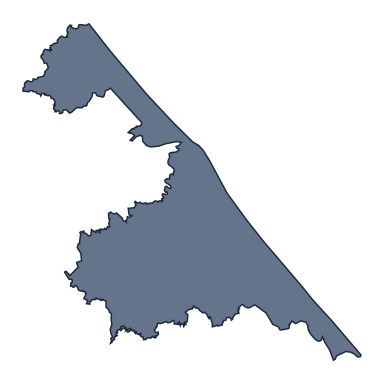 Tecolutla, Veracruz, Mexico
{"feature_id": "50627088B65141848449255", "entity_name": "Tecolutla", "entity_type": "district", "adm_level": 2, "iso_a3": "MEX", "parent_name": "Mexico", "parent_adm1": "Veracruz", "projection": "natural_earth1", "projection_center": [-97.047, 20.419], "detail": "fine", "context": "isolated", "style": "filled", "palette": "slate", "viewbox_px": 384, "rotation_deg": 0, "n_neighbors": 0, "source": "geoboundaries", "source_scale": "gbopen_adm2", "svg_char_len": 5877}
<svg xmlns="http://www.w3.org/2000/svg" viewBox="0 0 384 384"><path d="M80.9,231.7L79.9,232.5L80.6,234.0L79.4,243.8L78.4,243.6L77.2,247.6L80.9,253.4L81.5,260.8L76.9,262.3L76.6,263.0L78.2,267.2L70.0,275.4L66.1,271.3L64.6,272.0L64.6,272.3L69.2,279.4L70.3,279.1L72.2,280.0L72.4,281.7L71.0,282.7L70.7,286.0L71.6,285.6L72.5,286.9L73.9,287.3L75.5,285.3L77.6,287.3L78.4,290.0L80.7,291.1L82.9,290.5L83.0,291.5L85.6,292.0L85.5,293.6L86.1,293.9L83.8,298.6L87.7,300.5L86.5,303.7L89.9,304.1L89.8,301.6L91.6,300.9L91.9,299.5L95.8,299.6L96.0,298.0L99.7,299.7L100.8,299.3L100.9,300.2L102.0,299.4L102.2,300.1L102.7,299.7L106.1,301.2L106.0,307.0L108.6,309.6L109.6,312.4L111.2,313.4L111.5,314.8L111.1,317.7L111.8,324.4L110.2,329.6L111.2,334.2L112.5,336.5L110.8,338.6L111.5,340.6L110.6,343.2L111.9,342.4L112.4,340.6L114.5,339.6L113.7,338.1L114.8,337.5L114.9,336.7L117.0,335.7L115.9,335.2L117.4,333.0L116.2,332.4L117.3,331.9L117.0,331.1L119.8,329.1L120.7,330.5L121.8,329.8L122.4,328.2L121.1,328.3L120.8,326.8L122.7,326.1L124.2,326.3L124.1,327.9L125.4,327.7L124.6,328.9L126.5,329.0L125.8,330.8L128.1,329.5L127.4,331.9L129.5,331.6L130.6,329.9L130.0,328.5L130.7,328.2L132.3,330.9L134.0,330.2L134.1,331.4L135.1,331.6L134.5,332.5L135.5,333.6L135.9,332.7L135.4,332.5L136.2,331.8L136.4,333.1L137.9,334.4L140.9,333.4L141.2,334.0L139.8,335.0L141.6,337.0L143.0,337.1L143.6,340.3L143.8,339.2L145.3,339.7L148.1,337.6L150.7,338.2L152.5,336.4L154.2,337.8L155.2,337.6L155.1,336.7L155.9,337.2L155.7,336.0L156.9,336.0L158.4,334.4L158.1,332.1L157.1,332.7L155.4,332.0L154.4,330.0L156.0,328.0L155.9,327.3L157.0,326.7L157.4,323.4L160.9,323.5L166.4,321.5L167.8,322.8L170.3,322.4L173.7,320.3L174.5,322.4L174.1,323.9L178.2,324.4L177.9,323.1L178.6,323.6L179.3,322.3L179.5,323.4L180.2,323.4L179.5,324.2L180.3,325.5L180.4,324.4L184.0,324.0L184.3,324.5L183.4,325.2L183.8,326.5L184.9,324.5L184.5,324.0L185.5,324.2L184.4,323.1L185.3,323.0L185.0,322.3L186.6,322.4L187.3,321.1L187.8,314.7L185.3,312.2L189.1,309.4L192.3,308.9L192.3,308.0L193.4,307.6L193.5,306.0L194.3,306.1L196.0,308.3L196.8,307.9L198.9,308.7L199.1,310.0L202.9,312.9L204.0,312.2L206.3,313.8L208.2,316.6L209.0,316.7L208.9,317.5L208.2,317.3L209.0,318.6L210.2,317.2L212.3,323.5L212.4,326.8L217.8,325.2L217.9,326.0L222.4,324.9L222.1,323.3L223.2,322.4L223.3,320.4L225.6,320.5L226.7,317.6L229.4,317.4L231.3,318.9L231.4,320.1L232.7,318.9L233.0,317.3L235.4,314.0L238.8,313.3L238.8,312.0L238.0,311.6L239.3,308.9L238.4,309.1L238.4,307.7L242.2,304.6L243.2,304.5L244.5,306.5L247.9,307.9L249.5,307.7L254.9,304.8L266.1,313.0L272.8,324.4L278.3,326.8L279.8,329.7L281.1,330.0L288.8,328.5L289.4,325.8L288.9,324.7L290.1,324.1L291.8,321.1L295.7,323.6L300.9,320.9L305.9,322.2L307.5,325.1L308.4,329.9L309.9,333.1L314.6,338.8L317.3,340.8L319.3,341.2L321.2,340.3L322.5,336.8L324.8,342.2L329.9,350.4L333.4,360.2L335.3,359.1L336.4,356.2L337.3,355.5L345.9,351.5L350.4,352.1L353.9,353.7L358.0,357.1L360.3,356.6L361.0,355.0L331.5,320.4L313.0,300.2L302.0,286.5L263.2,241.0L246.6,220.0L227.2,193.4L209.7,160.9L203.1,150.2L198.6,145.4L192.9,142.1L173.6,123.1L146.9,94.5L110.2,51.0L88.9,23.8L86.3,25.3L79.5,24.6L78.6,25.3L78.6,27.2L77.8,28.1L75.6,28.9L71.7,27.4L71.0,26.6L71.6,25.5L70.0,25.1L67.7,27.7L67.0,30.6L67.2,32.1L68.1,32.6L66.7,35.9L67.4,37.1L63.6,37.4L62.1,36.1L60.4,36.7L57.2,40.4L57.8,41.6L57.5,42.5L53.4,43.8L52.5,44.9L50.7,45.5L51.5,45.9L49.9,47.8L51.7,49.8L49.9,51.2L49.5,49.4L48.7,50.0L44.9,49.3L43.4,51.5L42.9,54.4L42.1,54.3L41.0,56.1L41.2,57.7L43.5,60.5L44.3,63.3L46.0,62.8L46.9,63.6L48.3,68.0L44.6,72.1L45.2,73.7L44.0,74.8L44.0,76.1L37.8,77.5L37.4,78.7L35.9,79.4L33.2,78.9L32.9,80.8L31.7,81.9L27.1,80.7L26.1,82.2L25.2,82.3L24.4,84.5L24.6,87.2L23.1,88.1L23.0,91.1L29.0,91.8L29.4,90.5L33.1,91.0L33.0,91.6L36.4,91.9L36.4,93.1L40.3,94.6L40.8,95.9L41.9,93.3L45.5,93.9L44.7,94.8L47.9,95.7L49.4,95.4L50.9,96.7L51.1,98.3L53.1,98.6L54.9,101.3L54.5,104.1L55.4,104.2L54.8,105.9L53.8,105.5L54.4,106.8L53.6,107.6L53.8,109.4L55.5,110.0L54.9,111.6L56.8,111.7L57.4,110.7L58.5,110.6L59.6,111.7L59.4,113.4L60.2,113.7L62.7,112.7L62.9,110.6L63.6,110.0L66.6,109.9L69.5,113.2L71.7,112.1L76.6,107.7L82.1,107.7L83.5,106.2L86.7,105.8L87.5,102.7L89.6,100.8L92.0,96.6L92.6,93.0L95.4,92.7L97.1,95.8L102.9,97.1L104.2,95.7L105.2,91.1L106.6,90.1L108.0,90.0L110.3,88.1L141.9,122.8L140.5,126.0L136.5,126.3L136.6,127.2L134.7,127.5L134.1,129.2L132.2,128.6L128.2,132.6L130.2,133.4L130.6,132.8L131.6,133.1L134.6,135.6L130.1,140.2L132.0,141.0L136.6,136.5L140.5,135.4L142.4,136.5L142.7,141.0L144.5,143.4L146.6,145.6L150.6,146.9L158.5,146.2L165.5,143.8L176.6,141.6L181.4,142.4L179.0,145.4L176.0,146.7L176.9,148.2L178.8,148.8L179.0,150.2L176.1,152.0L170.4,152.7L169.1,153.9L169.6,157.6L168.2,160.3L168.0,163.2L168.9,164.9L171.8,166.8L173.9,169.2L174.3,171.4L173.1,173.1L173.3,174.8L172.4,174.0L170.3,174.4L169.7,175.5L169.4,178.9L166.5,178.8L164.8,180.3L165.4,182.3L170.4,185.6L171.1,187.9L169.7,188.5L166.2,186.1L165.3,186.8L164.4,190.5L165.5,192.1L167.3,192.1L167.4,193.8L166.8,194.5L162.6,193.9L162.2,195.3L163.7,197.8L161.6,199.0L162.7,200.3L162.1,201.5L161.6,201.7L161.1,200.8L158.9,201.0L158.4,202.1L156.4,201.0L154.6,201.1L152.4,203.1L150.1,203.0L147.7,204.0L146.6,202.9L145.9,203.8L144.3,202.9L142.4,203.9L140.3,202.3L137.4,203.0L135.2,201.4L134.9,202.4L134.1,201.9L135.4,203.3L135.9,205.1L134.2,207.8L128.2,208.3L129.1,214.9L132.0,215.8L129.5,217.3L127.4,216.7L126.9,219.8L126.0,220.3L126.3,222.2L125.0,221.1L124.1,221.4L122.5,219.4L122.5,218.3L116.6,213.0L115.6,213.9L112.5,213.4L110.7,212.0L109.9,213.0L108.9,212.9L108.5,214.2L108.8,218.4L109.2,219.2L109.9,219.0L108.7,223.8L109.8,226.8L109.6,227.3L107.5,226.5L106.4,229.4L104.7,228.4L104.4,229.4L101.4,229.1L101.4,230.0L99.7,229.4L99.9,232.6L98.3,232.1L98.3,230.2L96.1,230.5L95.9,232.5L91.5,229.6L90.8,235.5L89.9,235.7L88.5,235.8L85.8,233.3L83.7,233.0L83.9,231.1L82.8,231.3L82.7,232.2L80.9,231.7Z" fill="#64748b" stroke="#1e293b" stroke-width="1.5"/></svg>